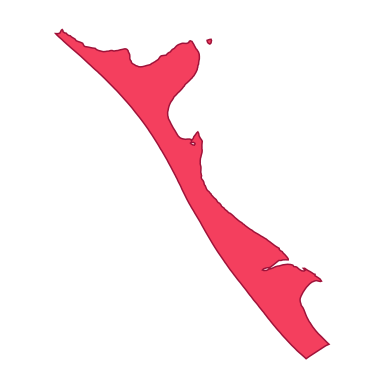 São José do Norte, Rio Grande do Sul, Brazil, rotated 96°
{"feature_id": "56859067B56397932156398", "entity_name": "São José do Norte", "entity_type": "district", "adm_level": 2, "iso_a3": "BRA", "parent_name": "Brazil", "parent_adm1": "Rio Grande do Sul", "projection": "equal_earth", "projection_center": [-51.727, -31.8], "detail": "fine", "context": "isolated", "style": "filled", "palette": "rose", "viewbox_px": 384, "rotation_deg": 96, "n_neighbors": 0, "source": "geoboundaries", "source_scale": "gbopen_adm2", "svg_char_len": 5909}
<svg xmlns="http://www.w3.org/2000/svg" viewBox="0 0 384 384"><g transform="rotate(96 192 192)"><path d="M329.1,39.8L327.6,41.8L324.4,45.7L322.5,48.0L319.8,51.5L316.9,54.6L314.7,56.7L313.7,57.7L311.5,59.5L309.9,60.7L308.8,61.8L304.3,64.8L302.3,65.9L297.4,68.4L295.6,69.5L294.2,70.7L293.4,71.5L292.1,71.9L290.3,72.7L288.9,73.1L287.5,73.3L286.2,73.2L284.0,72.6L280.1,71.1L277.0,69.5L274.7,68.2L272.2,66.3L271.0,65.4L269.1,63.4L267.6,60.6L267.1,59.1L267.3,57.6L267.6,55.0L267.1,53.9L265.1,55.6L263.6,58.4L262.4,60.9L261.0,61.0L260.8,62.4L259.7,64.4L258.7,66.5L257.8,68.8L257.0,70.3L256.1,71.9L256.3,73.3L258.1,71.4L258.9,72.4L258.9,74.6L258.2,76.2L257.5,77.5L255.9,79.7L255.5,80.9L255.5,83.0L254.2,84.1L253.8,86.4L253.9,89.4L254.9,93.9L256.4,97.5L256.7,98.9L257.6,101.2L258.9,103.3L259.7,104.8L260.8,107.7L261.5,108.5L262.2,109.7L262.6,112.4L262.2,113.8L260.9,112.8L259.7,110.1L259.4,108.9L259.2,107.6L258.6,106.3L256.3,103.8L251.0,98.5L250.8,96.3L250.0,94.5L249.7,92.3L249.4,89.2L248.5,89.3L247.1,90.4L244.4,93.3L243.7,94.3L242.9,95.2L241.9,96.0L241.2,97.7L240.1,99.2L238.9,99.4L238.1,101.2L237.1,103.3L236.3,104.7L235.6,105.8L234.9,107.0L233.2,109.7L232.7,110.8L231.9,112.0L231.0,113.3L230.3,115.0L229.3,117.0L228.7,118.5L227.0,121.9L226.0,124.3L225.1,126.3L223.6,128.6L223.2,129.8L222.6,130.9L221.7,132.5L220.8,134.0L219.7,135.9L218.9,136.8L218.4,138.0L217.3,139.3L216.6,140.9L215.5,142.8L212.8,146.8L211.7,148.1L210.4,149.9L209.3,151.6L208.8,153.3L208.0,154.3L207.2,155.2L206.5,156.4L205.6,157.7L204.5,158.6L203.9,159.9L203.0,161.2L201.9,161.8L200.3,163.4L199.8,164.8L199.0,165.7L197.0,167.2L195.2,169.8L193.9,171.2L193.0,172.3L191.9,172.9L191.2,173.9L189.9,175.1L188.9,176.7L187.9,177.6L186.9,178.2L185.7,178.8L184.4,179.5L183.4,180.5L182.2,180.9L180.9,181.3L179.4,182.3L178.2,183.6L177.0,184.2L176.0,184.4L175.0,184.1L174.1,184.5L172.7,184.9L171.3,185.4L170.0,185.4L167.2,185.6L165.9,185.8L163.2,186.8L161.6,186.9L160.2,187.1L158.8,187.1L157.5,187.1L156.1,186.8L154.8,186.7L151.8,186.2L150.0,186.2L148.7,186.4L147.8,186.7L146.4,186.8L145.0,187.0L143.5,187.1L141.8,187.1L140.4,187.1L139.1,188.0L137.9,189.1L136.4,190.2L135.0,191.0L134.0,191.2L132.8,191.6L131.6,192.5L132.8,193.6L133.8,194.1L135.5,195.1L136.7,195.9L138.7,196.4L139.8,197.2L141.1,197.9L139.8,198.6L139.6,200.2L139.9,202.3L140.3,204.1L140.1,206.7L139.8,208.2L139.3,209.6L137.7,211.7L135.3,213.5L132.7,215.4L130.2,217.4L126.4,220.0L124.4,221.2L121.5,223.1L119.8,223.6L118.6,224.1L116.6,224.4L114.9,224.6L113.9,224.4L110.7,224.1L108.9,223.8L107.3,223.4L105.5,222.8L104.2,222.2L102.9,221.4L100.9,220.4L99.4,219.9L98.4,219.1L97.0,217.9L95.4,216.8L94.5,216.1L93.5,215.1L90.9,213.1L89.4,212.1L88.3,211.5L87.4,210.7L86.0,210.2L84.9,209.3L84.0,208.4L81.2,206.0L79.6,204.8L78.8,204.0L77.5,203.3L76.2,202.3L74.3,201.4L72.3,200.5L69.6,199.6L68.6,199.6L67.2,199.3L65.9,199.4L64.1,198.8L62.7,198.9L60.4,198.8L59.0,198.6L57.8,198.7L56.7,198.8L55.5,199.0L54.1,199.3L52.2,200.2L49.8,202.1L49.1,203.0L47.7,203.9L46.3,204.9L45.1,205.6L43.2,207.1L42.3,207.7L41.8,209.6L42.6,210.6L43.6,210.7L44.7,212.5L44.9,214.1L45.0,216.7L45.4,218.0L46.0,219.1L46.5,220.2L47.3,221.5L48.4,222.7L51.1,224.7L52.3,226.5L53.9,227.6L54.9,228.2L55.6,229.4L56.3,230.3L57.6,231.4L58.6,232.1L59.3,235.1L59.8,236.8L60.6,237.7L62.2,238.6L63.7,239.4L65.6,241.7L66.3,242.4L67.1,243.6L67.9,244.6L68.6,245.9L69.5,246.4L70.1,247.9L70.9,250.2L71.7,252.1L72.5,254.3L72.9,256.2L73.0,258.0L72.5,259.4L72.2,261.2L71.5,262.3L70.8,264.1L69.7,265.7L68.3,266.1L67.3,267.1L65.9,267.8L64.8,267.9L63.6,268.0L61.7,268.4L60.2,269.3L59.2,270.0L58.2,270.3L57.1,271.4L56.6,272.6L56.7,274.1L57.3,275.7L58.1,278.3L59.0,280.4L59.4,282.4L60.0,284.4L59.6,286.4L59.9,288.0L60.6,289.5L60.9,291.4L61.4,293.1L61.7,295.0L61.5,296.5L61.0,299.9L60.3,302.0L59.3,303.1L59.2,304.5L59.2,305.9L59.0,307.8L58.7,310.6L58.6,312.8L58.4,314.2L57.2,315.2L55.5,316.3L54.9,318.1L54.6,319.3L54.2,321.1L53.6,323.1L52.3,324.1L51.6,325.4L50.9,327.0L50.2,328.3L49.3,329.5L49.2,331.1L48.2,332.7L47.2,333.7L47.1,335.2L46.1,337.0L44.8,337.3L44.0,338.1L44.8,338.9L47.7,340.0L48.5,341.7L48.7,344.2L49.8,343.0L51.6,340.7L54.2,337.0L55.5,335.4L58.2,331.7L59.8,329.4L61.4,327.2L62.9,325.0L68.6,316.8L70.5,314.3L74.9,308.5L76.7,306.0L79.4,302.5L80.7,300.7L82.1,298.6L83.5,296.9L85.1,294.7L88.4,290.5L92.2,285.9L95.7,281.6L97.4,279.6L98.8,277.8L101.0,275.3L103.0,273.1L104.3,271.6L107.0,268.7L109.5,265.9L112.6,262.6L114.4,260.7L116.5,258.7L118.7,256.6L123.2,252.1L127.9,247.7L130.9,245.0L132.5,243.6L134.1,242.2L135.9,240.8L139.9,237.4L147.5,231.4L149.2,230.1L150.9,228.9L152.7,227.6L154.5,226.1L156.2,224.9L158.5,223.2L160.2,222.0L162.6,220.2L165.1,218.6L167.1,217.2L168.1,216.5L169.1,215.8L171.8,214.0L173.5,212.9L174.6,212.1L175.9,211.3L177.3,210.3L178.8,209.4L180.2,208.4L181.8,207.5L183.0,206.8L186.6,204.4L187.9,203.6L189.2,202.9L190.6,202.1L195.0,199.3L199.6,196.4L203.6,193.7L205.6,192.2L207.6,190.8L210.7,188.4L212.7,187.0L215.2,185.1L221.0,180.7L224.1,178.6L230.3,174.2L240.3,166.8L241.9,165.6L244.6,163.5L248.1,160.7L249.2,159.8L257.0,153.1L258.5,151.9L260.1,150.4L263.6,147.4L265.3,145.9L268.2,143.1L270.1,141.4L271.3,140.2L272.9,138.7L274.0,137.7L275.5,136.2L276.8,134.8L280.6,131.2L282.6,129.2L284.7,127.2L286.6,125.5L288.3,123.9L290.1,122.0L291.0,121.2L292.9,119.5L294.7,117.6L295.9,116.3L297.5,114.7L299.3,113.1L301.1,111.3L303.0,109.4L304.2,108.1L305.4,107.1L306.7,105.8L308.2,104.4L309.8,102.9L311.3,101.3L313.1,99.6L314.2,98.5L315.8,96.9L317.1,95.5L318.6,94.0L320.4,92.1L322.5,89.7L324.7,87.5L326.5,85.5L328.1,83.6L330.5,80.9L332.4,78.7L334.2,76.6L336.3,73.9L338.8,70.9L340.4,68.7L342.2,66.1L344.8,62.5L345.9,61.1L343.4,58.3L330.9,42.9L329.1,39.8ZM142.7,198.0L142.5,195.7L143.3,194.1L144.3,194.1L145.2,194.6L145.0,196.3L144.4,197.7L143.5,198.7L142.7,198.0ZM39.4,188.4L38.1,189.0L38.5,190.6L39.6,192.9L41.1,192.4L42.4,191.3L43.0,189.7L41.7,188.6L40.6,188.6L39.4,188.4Z" fill="#f43f5e" stroke="#9f1239" stroke-width="1.5"/></g></svg>